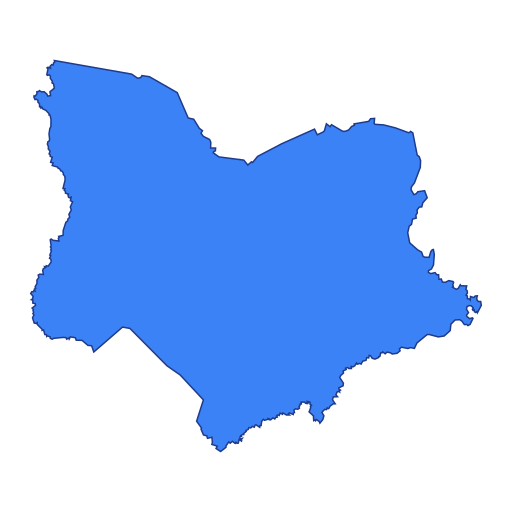 the district of Chiang Yuen, Maha Sarakham, Thailand, rotated 180°
{"feature_id": "78962969B29991085586419", "entity_name": "Chiang Yuen", "entity_type": "district", "adm_level": 2, "iso_a3": "THA", "parent_name": "Thailand", "parent_adm1": "Maha Sarakham", "projection": "orthographic", "projection_center": [103.106, 16.417], "detail": "fine", "context": "isolated", "style": "filled", "palette": "blue", "viewbox_px": 512, "rotation_deg": 180, "n_neighbors": 0, "source": "geoboundaries", "source_scale": "gbopen_adm2", "svg_char_len": 5987}
<svg xmlns="http://www.w3.org/2000/svg" viewBox="0 0 512 512"><g transform="rotate(180 256 256)"><path d="M459.9,172.8L458.1,173.7L448.9,174.6L446.0,174.4L445.3,172.8L443.1,174.1L442.8,173.0L441.6,175.1L436.7,174.3L435.8,171.8L429.9,171.6L424.1,166.6L420.4,166.3L418.2,160.0L389.5,184.9L382.1,183.6L345.0,146.2L331.8,137.0L308.6,112.1L315.4,90.8L310.5,84.0L311.0,82.9L308.5,77.0L305.2,76.2L304.5,73.7L300.1,74.7L299.6,69.3L300.2,67.6L294.7,65.8L296.0,63.5L291.4,60.5L286.0,64.7L286.0,66.1L283.2,70.1L281.8,68.8L279.6,70.7L277.2,68.8L276.4,68.6L276.1,69.7L274.7,68.7L273.7,68.9L272.9,72.5L270.5,70.9L270.3,71.9L271.1,72.4L270.2,73.3L272.0,72.8L272.0,75.0L271.5,75.9L270.5,75.6L270.8,76.6L269.9,77.3L268.2,77.5L268.4,78.5L265.8,80.6L266.0,81.5L263.7,82.7L263.2,84.4L261.2,84.1L259.7,85.6L257.7,84.8L256.9,86.9L256.0,87.2L252.3,84.7L252.2,86.3L250.9,86.4L250.3,90.7L248.7,92.7L247.5,91.7L244.1,92.7L244.0,93.5L242.6,93.1L242.7,92.3L241.3,92.2L239.1,94.1L237.2,93.0L236.3,94.6L234.7,94.9L235.2,96.5L233.9,97.1L232.8,96.5L231.9,98.9L229.5,97.7L229.3,98.9L228.1,98.6L225.7,97.0L222.6,97.0L223.7,98.0L222.7,99.1L218.8,97.5L218.7,99.0L217.5,99.4L218.1,101.9L216.7,103.1L214.1,102.8L212.6,103.7L213.0,105.6L212.1,106.2L212.0,107.8L210.7,108.0L210.9,109.9L207.2,109.9L206.6,108.8L205.0,108.4L204.8,110.4L203.9,109.1L203.4,110.3L202.0,109.8L202.1,108.0L200.5,106.7L201.6,105.8L201.3,104.3L202.9,100.1L198.6,96.2L198.3,91.4L197.1,92.0L196.5,91.2L195.7,92.5L192.8,90.5L192.1,88.8L189.2,92.4L188.1,96.2L190.1,99.6L187.4,102.6L185.5,102.4L184.8,104.1L183.8,103.3L182.8,104.0L182.0,105.8L178.9,108.1L176.8,108.2L179.5,112.2L178.7,115.1L174.5,115.3L176.1,117.3L174.9,120.0L173.3,120.6L172.4,120.0L172.6,121.3L171.6,121.9L173.1,122.9L173.2,124.1L168.9,126.2L168.6,128.8L172.3,134.5L171.2,136.6L168.5,138.9L168.9,141.0L165.8,142.5L166.5,143.8L164.3,144.5L163.2,143.5L160.6,143.5L160.8,145.6L159.1,145.1L157.2,146.2L155.5,149.0L154.7,147.8L152.2,148.6L150.9,147.9L149.3,150.8L146.0,151.7L145.3,154.4L143.3,154.1L142.8,156.6L141.4,156.2L139.8,153.7L137.0,152.9L133.3,154.5L133.2,155.4L132.0,155.8L131.4,159.1L129.8,159.2L129.3,160.1L126.8,158.2L125.0,159.9L121.5,159.2L119.8,158.0L114.9,158.7L111.9,161.2L112.6,163.1L110.6,164.8L104.1,163.5L101.4,164.4L97.6,163.6L95.1,169.0L84.9,177.4L82.8,177.5L73.7,175.1L67.8,176.0L61.8,181.4L61.1,187.8L56.9,192.0L52.4,192.3L50.2,191.0L47.6,187.4L45.1,187.5L44.0,186.4L41.9,187.6L39.0,193.6L39.7,194.2L42.3,193.3L45.2,195.6L45.4,197.0L43.5,199.4L45.5,202.8L45.0,205.4L42.9,206.4L40.7,206.2L38.7,203.9L39.6,202.8L39.0,201.7L37.8,202.1L37.6,200.3L36.3,199.5L35.1,200.5L34.6,199.2L30.7,206.6L31.3,210.5L33.5,210.5L34.8,211.6L35.3,213.7L34.7,216.2L36.8,216.0L38.2,214.5L41.5,215.5L41.8,212.0L42.5,213.0L44.6,213.3L44.7,216.1L46.0,216.9L44.6,218.9L44.9,221.4L46.1,222.7L45.3,226.1L51.0,226.2L51.7,227.2L53.8,223.6L55.7,222.7L59.5,224.8L58.7,225.6L59.2,227.2L58.4,229.6L59.0,230.5L63.2,231.4L66.6,229.7L69.6,229.9L70.7,233.0L73.1,232.7L73.4,237.3L75.3,237.3L76.9,239.4L81.2,238.4L83.6,239.6L83.5,241.3L80.5,243.1L78.5,247.1L77.7,257.5L78.6,262.5L79.7,262.3L81.2,260.4L82.9,254.7L87.3,254.8L89.0,255.8L90.4,259.9L94.3,262.1L102.3,269.2L104.3,279.2L102.8,285.8L100.5,287.6L99.5,292.8L95.8,293.9L96.1,296.9L94.7,299.0L94.9,302.1L92.7,304.9L90.2,305.1L89.2,309.2L84.8,314.2L87.4,321.3L94.1,320.3L95.8,318.3L98.1,317.3L101.0,322.4L100.5,325.2L97.5,329.2L91.7,344.6L91.4,351.4L92.8,355.4L94.8,356.9L99.2,379.2L101.5,380.6L102.4,379.5L103.7,379.4L116.8,384.2L128.4,387.1L137.0,387.7L137.9,388.6L137.4,393.6L141.4,393.3L143.4,390.6L158.0,388.1L157.7,386.6L160.3,385.6L163.4,382.0L166.8,380.7L169.3,380.7L180.5,387.3L181.9,385.3L185.6,388.2L187.6,381.2L188.9,380.0L194.7,377.2L197.5,382.9L230.4,368.2L254.4,355.6L259.4,349.5L260.5,350.2L264.2,347.0L268.2,351.9L293.1,355.1L298.7,359.2L298.4,360.3L296.6,361.2L296.4,364.0L301.4,364.0L301.2,369.8L302.4,372.5L308.6,375.6L311.0,378.8L309.5,381.3L312.7,383.7L318.3,392.8L323.8,394.0L334.8,419.4L362.6,435.3L370.1,436.4L371.2,434.5L374.2,433.7L380.4,437.9L457.7,451.5L457.4,449.7L458.4,449.1L458.9,447.0L460.3,447.4L462.0,445.6L461.5,443.8L464.0,444.8L465.0,444.1L464.0,443.1L465.2,437.3L464.5,436.6L462.8,437.1L461.6,436.0L461.7,433.7L459.6,430.6L460.0,429.1L458.5,428.3L457.7,423.8L462.1,420.2L461.4,416.4L464.3,415.9L465.0,417.7L467.8,420.3L470.4,420.1L472.6,421.4L473.4,420.5L475.1,420.3L475.1,418.0L477.0,415.8L477.9,416.2L478.1,414.9L477.0,412.4L475.5,412.7L474.0,411.6L474.1,409.8L472.6,408.4L472.4,405.2L471.2,405.4L471.1,404.0L469.9,404.6L469.4,403.2L466.2,401.7L463.1,398.5L462.9,396.9L462.0,396.9L461.0,392.6L461.1,385.4L462.2,383.4L463.0,378.0L462.4,372.8L462.7,371.2L464.2,370.1L464.6,367.8L463.6,365.4L463.7,363.0L461.9,360.8L462.9,358.1L461.8,357.2L461.8,355.6L459.8,354.8L461.4,349.7L458.9,349.0L459.8,346.5L454.3,344.9L453.8,343.6L452.5,343.4L451.2,341.1L450.3,341.1L448.6,339.0L448.8,337.7L447.1,335.5L446.9,332.0L449.0,323.5L447.1,323.3L447.8,321.8L446.6,320.6L446.5,318.8L443.5,317.9L444.0,317.1L443.5,314.8L442.4,314.2L440.9,314.8L441.6,311.3L439.4,310.2L441.7,305.0L440.7,302.0L443.1,297.7L442.3,294.7L443.9,293.3L444.6,290.8L446.1,289.8L448.8,281.5L448.9,276.7L453.3,275.6L452.8,274.6L453.7,273.7L453.1,271.0L459.0,271.7L460.9,273.0L461.8,272.2L460.8,266.2L461.6,265.1L460.7,263.9L461.3,262.0L460.6,261.0L462.2,256.9L461.2,256.3L462.5,253.8L461.0,252.6L460.9,249.9L463.9,245.8L465.8,246.3L466.2,244.9L467.4,245.3L467.0,244.2L468.7,243.3L469.3,241.5L468.6,237.5L472.2,237.9L473.8,236.9L473.2,234.5L475.1,231.9L475.0,228.7L476.9,225.1L476.3,223.7L477.6,222.9L477.1,221.3L477.9,221.8L478.5,220.4L480.2,220.3L481.3,218.5L478.9,215.7L479.5,213.1L480.6,212.3L479.1,211.9L479.2,208.9L476.8,208.4L476.5,206.6L479.9,203.9L478.6,202.5L479.0,201.6L478.4,199.7L479.1,198.3L478.0,197.1L479.5,194.3L477.8,188.9L476.2,188.6L474.8,189.4L474.8,187.6L469.9,182.7L469.9,181.6L468.4,182.0L467.2,177.5L465.5,177.3L465.3,175.6L464.7,176.1L461.9,175.2L461.7,173.7L459.9,172.8Z" fill="#3b82f6" stroke="#1e3a8a" stroke-width="1.5"/></g></svg>